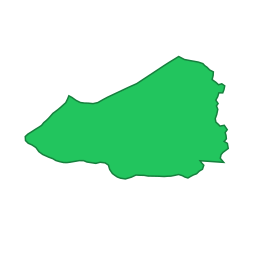 Conchal, São Paulo, Brazil (Robinson projection), rotated 79°
{"feature_id": "56859067B87062650378745", "entity_name": "Conchal", "entity_type": "district", "adm_level": 2, "iso_a3": "BRA", "parent_name": "Brazil", "parent_adm1": "São Paulo", "projection": "robinson", "projection_center": [-47.137, -22.383], "detail": "fine", "context": "isolated", "style": "filled", "palette": "green", "viewbox_px": 256, "rotation_deg": 79, "n_neighbors": 0, "source": "geoboundaries", "source_scale": "gbopen_adm2", "svg_char_len": 1552}
<svg xmlns="http://www.w3.org/2000/svg" viewBox="0 0 256 256"><g transform="rotate(79 128 128)"><path d="M85.1,179.9L87.9,181.7L91.3,184.3L94.8,190.1L96.7,193.5L99.3,198.9L103.4,204.2L105.2,207.0L106.7,209.7L109.0,212.4L110.3,215.6L111.4,218.6L113.3,223.3L114.9,227.5L116.8,230.5L120.8,231.0L123.9,228.9L126.2,225.6L129.6,222.1L134.2,220.0L137.7,216.8L141.5,211.4L143.8,207.6L146.1,205.1L147.9,201.7L149.6,197.8L150.3,194.6L150.5,191.6L150.7,182.1L151.6,177.7L153.5,174.9L154.8,171.3L156.6,166.3L156.3,161.9L157.9,157.1L160.7,154.3L165.2,153.9L169.7,152.0L171.9,150.0L174.0,147.9L175.8,145.0L177.5,140.3L176.9,134.1L175.7,129.2L176.7,125.1L177.5,121.3L179.0,117.4L180.0,112.6L181.3,106.6L182.5,101.8L182.9,98.3L183.4,95.1L183.4,91.5L183.3,87.2L185.1,83.8L187.0,81.5L188.5,78.7L187.5,75.9L186.5,72.6L186.0,69.4L183.9,66.2L182.7,62.8L179.0,60.7L176.5,62.3L173.9,63.5L180.0,40.6L175.3,43.2L171.9,41.7L170.1,39.5L167.2,33.5L162.1,33.4L159.5,36.2L157.4,33.5L153.9,33.2L151.0,33.5L148.6,30.9L143.7,33.0L143.7,37.3L141.4,38.8L139.0,40.6L135.5,40.6L131.6,38.3L126.8,36.3L123.2,37.0L121.2,34.9L117.4,36.5L114.4,34.0L110.8,32.1L111.6,28.3L108.7,26.5L105.1,25.0L102.5,27.5L102.8,30.9L100.2,32.8L96.5,36.2L92.9,34.5L89.2,33.5L86.6,36.8L83.5,38.8L81.4,40.8L79.1,42.2L76.8,46.2L75.4,49.7L73.8,53.9L71.5,59.6L67.5,64.6L71.6,75.6L73.3,79.9L80.5,97.3L82.1,101.2L83.2,103.9L86.1,110.9L88.3,120.3L93.9,142.3L95.4,147.2L97.3,152.8L97.4,157.7L96.0,162.4L95.2,166.0L93.9,169.9L90.9,173.8L87.3,177.2L85.1,179.9Z" fill="#22c55e" stroke="#15803d" stroke-width="1.5"/></g></svg>